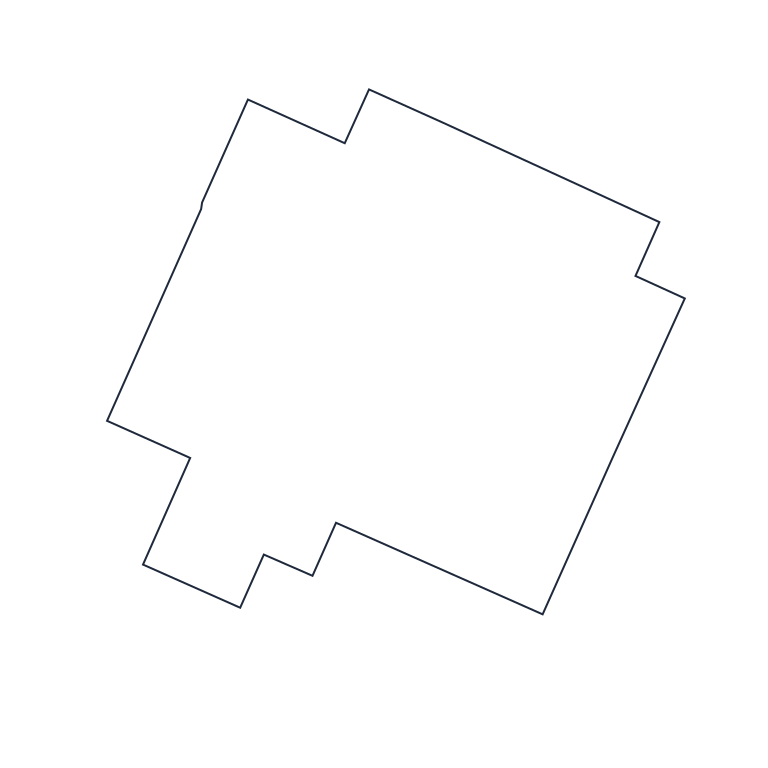 De Baca, New Mexico, United States of America (Equal Earth projection), rotated 204°
{"feature_id": "52423323B76308023983940", "entity_name": "De Baca", "entity_type": "district", "adm_level": 2, "iso_a3": "USA", "parent_name": "United States of America", "parent_adm1": "New Mexico", "projection": "equal_earth", "projection_center": [-104.389, 34.387], "detail": "fine", "context": "isolated", "style": "outline", "palette": "slate", "viewbox_px": 768, "rotation_deg": 204, "n_neighbors": 0, "source": "geoboundaries", "source_scale": "gbopen_adm2", "svg_char_len": 394}
<svg xmlns="http://www.w3.org/2000/svg" viewBox="0 0 768 768"><g transform="rotate(204 384 384)"><path d="M145.2,410.7L144.0,584.5L198.2,585.0L198.3,643.9L435.8,646.7L517.5,647.0L517.8,588.0L624.0,588.5L624.0,475.8L622.2,469.4L622.0,237.7L531.0,237.6L530.7,121.0L424.4,121.1L424.4,179.3L371.3,179.7L371.4,237.7L145.4,238.1L145.2,410.7Z" fill="none" stroke="#1e293b" stroke-width="2"/></g></svg>